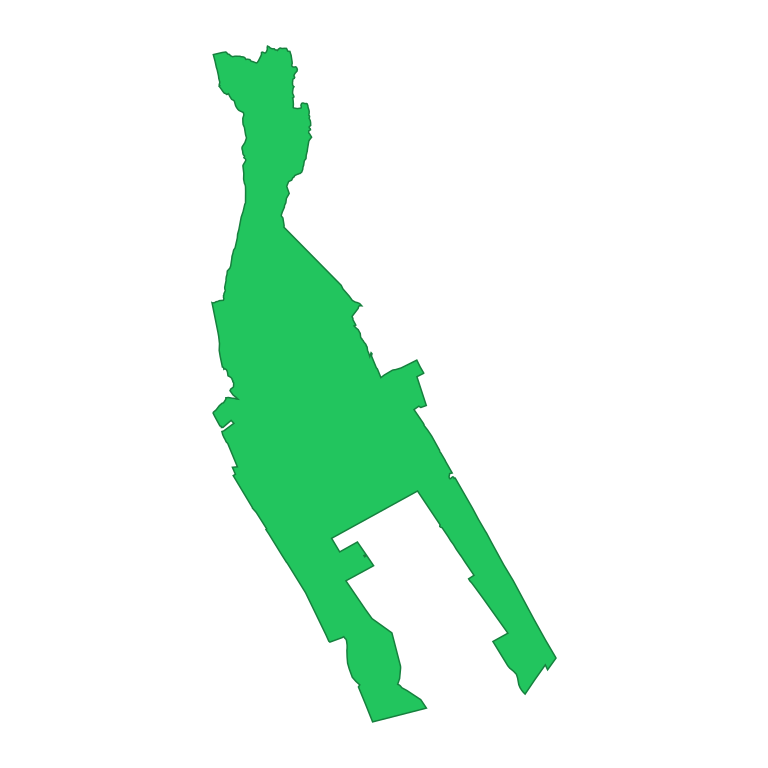 the district of Pietroasele, Buzau, Romania
{"feature_id": "2599482B21343855806464", "entity_name": "Pietroasele", "entity_type": "district", "adm_level": 2, "iso_a3": "ROU", "parent_name": "Romania", "parent_adm1": "Buzau", "projection": "albers", "projection_center": [26.589, 45.1], "detail": "fine", "context": "isolated", "style": "filled", "palette": "green", "viewbox_px": 768, "rotation_deg": 0, "n_neighbors": 0, "source": "geoboundaries", "source_scale": "gbopen_adm2", "svg_char_len": 6022}
<svg xmlns="http://www.w3.org/2000/svg" viewBox="0 0 768 768"><path d="M547.6,669.8L556.0,658.1L555.8,657.6L545.4,639.9L534.1,619.6L513.2,580.6L503.7,564.8L491.3,542.1L486.6,533.2L485.2,531.0L478.4,519.3L472.6,508.4L455.2,478.1L454.1,478.4L453.9,477.5L453.4,477.0L452.5,476.9L450.4,478.7L449.8,478.7L449.3,478.0L449.0,476.2L449.3,475.8L449.6,473.6L452.2,473.0L445.3,460.9L445.3,460.6L440.7,452.8L439.9,451.9L439.5,450.2L431.7,436.1L427.5,429.9L424.0,425.4L424.0,424.5L423.0,422.8L414.0,409.6L418.8,406.2L420.8,407.5L426.3,405.5L416.9,376.7L423.7,373.3L423.7,373.0L420.2,367.0L416.8,360.1L401.2,367.9L395.7,369.6L393.0,370.0L391.9,370.5L384.3,375.0L380.9,377.6L377.4,369.0L376.3,367.7L371.5,356.0L372.0,353.7L371.1,352.7L369.8,356.6L368.6,352.9L367.6,350.7L367.1,346.9L366.4,346.3L366.4,345.5L366.1,345.3L365.9,344.4L364.1,342.3L363.1,340.6L362.0,339.4L362.0,339.0L360.7,337.5L360.2,333.3L359.5,332.2L358.2,329.7L356.1,328.0L354.1,325.9L355.8,325.1L352.9,319.7L352.9,318.3L352.1,316.8L352.3,316.1L358.1,308.5L358.5,307.0L358.9,306.3L359.5,305.7L361.7,305.8L359.7,303.6L357.4,302.6L355.3,302.1L352.3,300.4L349.2,296.1L343.0,289.0L341.2,285.3L284.0,227.3L284.1,225.5L282.9,218.0L282.3,217.1L281.5,216.4L281.3,215.6L281.4,214.8L282.3,212.0L284.4,207.2L284.4,206.3L284.7,205.0L285.8,202.9L286.4,198.4L289.2,193.5L286.7,186.3L288.7,181.5L291.6,180.2L292.8,177.8L294.2,176.8L294.7,175.6L297.6,174.2L298.3,174.1L299.1,173.6L300.0,173.5L301.7,172.1L302.7,169.5L303.0,166.9L303.6,165.5L304.2,161.3L304.8,160.0L305.7,159.1L306.0,158.5L306.2,155.3L307.0,152.0L307.2,151.5L307.5,148.9L308.8,141.2L309.5,139.9L311.6,137.2L309.5,133.7L308.7,132.9L308.8,130.8L310.5,129.8L310.3,128.8L309.2,127.7L309.2,127.1L309.3,126.6L310.7,125.5L310.6,122.7L310.3,120.7L309.1,118.2L309.5,117.2L309.6,116.3L309.4,115.8L308.9,115.4L308.8,114.8L309.1,113.5L309.2,111.5L309.0,110.3L308.0,107.2L307.8,105.5L307.1,103.8L306.5,103.5L305.0,103.6L303.1,103.0L302.2,103.1L301.6,103.5L300.9,105.2L301.2,106.2L301.2,107.6L300.9,108.1L297.4,108.6L293.9,108.0L293.2,107.5L293.4,104.3L293.2,101.2L293.0,99.4L292.6,98.0L293.4,97.7L293.8,97.2L293.9,96.4L292.6,93.4L292.6,91.8L293.1,88.2L294.0,86.7L293.1,85.9L292.6,84.9L292.5,82.0L292.8,80.9L292.7,80.0L292.9,79.2L294.3,78.3L294.7,77.2L294.2,76.7L293.9,75.3L294.3,74.9L294.4,74.4L295.0,73.4L297.1,71.0L297.2,69.3L297.3,69.2L296.5,67.4L296.0,67.0L295.5,66.8L294.2,67.1L293.6,67.1L292.5,66.7L291.8,65.9L291.8,64.7L292.2,63.6L292.1,61.9L291.1,55.2L290.7,54.1L289.9,51.4L287.8,51.2L286.5,48.4L284.5,48.3L282.1,48.5L280.1,48.0L278.2,49.3L277.5,50.5L276.7,50.0L275.2,49.9L274.3,48.8L272.5,48.8L271.1,48.4L269.7,47.6L269.4,47.1L268.8,46.7L267.5,46.1L267.2,47.3L267.3,49.3L266.7,51.1L266.0,52.3L265.5,52.9L264.7,53.0L262.8,52.2L262.2,52.1L261.5,52.5L261.4,54.7L260.9,55.9L258.5,60.7L257.3,62.5L256.4,63.0L252.8,61.6L251.2,61.3L249.9,59.6L247.6,59.2L246.6,59.2L246.0,59.5L245.6,59.1L245.1,58.0L244.4,57.4L243.1,56.9L240.9,56.7L240.1,56.3L235.0,56.2L232.6,56.7L231.0,56.0L229.1,54.3L228.0,54.2L226.5,52.5L225.8,52.0L222.2,52.5L213.3,54.6L215.1,61.4L216.4,67.5L217.2,69.9L218.5,75.9L218.8,78.5L219.7,81.8L219.7,83.0L219.2,84.4L219.3,84.8L219.8,85.5L219.0,86.1L220.2,87.6L222.9,91.5L224.3,93.2L225.3,93.4L226.8,94.5L227.4,94.3L228.2,93.6L228.6,93.9L229.7,96.3L231.6,99.3L233.6,100.4L234.3,101.1L235.6,105.7L236.6,107.6L238.0,109.5L239.1,110.5L243.3,112.5L243.8,114.4L243.8,115.2L242.8,118.3L242.9,122.2L243.1,124.5L244.4,127.4L245.6,134.8L246.5,137.9L244.9,142.6L242.3,146.6L242.0,147.6L242.0,148.9L242.6,150.9L242.8,152.9L243.1,154.3L243.5,155.0L244.4,155.7L244.5,156.4L243.9,157.7L245.3,158.8L245.7,159.5L245.8,160.1L245.4,161.2L243.3,164.7L242.9,165.8L243.8,173.5L243.6,179.1L244.5,183.6L245.1,184.6L245.5,186.7L245.6,191.4L245.5,203.0L244.8,204.2L243.1,211.6L241.2,217.1L238.9,229.5L237.6,234.1L237.3,238.0L235.1,247.8L233.6,250.1L232.9,253.4L232.0,256.3L231.8,258.6L230.7,265.9L229.9,268.1L227.3,271.0L227.0,274.4L226.3,276.7L226.0,279.4L226.1,280.4L224.7,287.3L224.8,289.1L225.2,289.8L225.2,291.0L224.0,293.5L223.9,294.8L223.4,295.9L223.6,296.6L223.5,297.7L223.9,298.4L223.7,299.4L223.4,300.3L219.5,300.6L217.3,301.6L216.2,301.6L215.1,302.4L213.8,302.8L212.4,302.9L212.0,302.7L218.0,332.5L218.7,336.5L219.5,343.6L219.2,350.4L220.2,356.5L222.4,367.0L222.8,367.0L223.5,367.7L223.9,369.3L224.5,368.9L225.4,369.0L226.4,369.8L226.9,370.5L227.5,372.4L228.0,375.8L229.4,376.5L230.9,377.5L231.9,378.6L232.1,379.7L232.8,380.6L232.8,381.7L233.7,382.9L233.5,386.8L233.2,387.2L230.6,389.2L230.4,390.0L230.0,390.7L233.1,395.0L235.8,397.1L238.0,399.2L236.8,399.1L234.2,398.3L232.8,398.3L228.4,397.5L225.8,397.8L225.9,398.8L225.6,399.6L223.5,402.8L222.0,403.3L219.3,405.7L216.2,409.8L213.4,412.2L213.1,413.1L214.6,416.2L219.9,425.9L221.4,426.5L221.5,426.7L221.4,427.5L223.0,427.4L231.1,420.4L233.9,423.3L223.6,431.0L221.9,431.5L222.7,434.7L224.1,437.8L224.8,438.9L226.2,441.9L227.7,443.4L237.4,466.8L232.4,467.3L235.4,474.3L233.2,475.6L252.4,507.6L252.4,508.1L256.3,512.5L266.7,528.9L265.9,529.5L268.8,533.9L281.9,555.1L286.6,562.5L287.1,562.9L305.6,592.8L325.9,634.7L328.8,641.2L329.9,642.1L342.2,637.6L343.7,636.7L345.0,638.4L346.0,639.3L346.5,640.6L347.1,645.1L347.1,648.2L346.9,650.3L347.1,657.0L347.6,663.2L349.2,668.8L352.3,677.3L356.0,681.5L359.8,684.9L358.4,686.9L365.7,704.6L372.6,721.9L426.4,708.1L420.8,699.7L406.9,690.5L401.9,687.8L400.4,686.0L399.4,685.1L397.7,684.3L399.6,678.6L400.6,667.9L400.5,666.1L391.9,632.9L372.0,618.6L365.3,609.3L345.9,580.8L373.6,565.7L366.7,555.5L364.7,556.8L363.9,555.6L366.0,554.5L357.4,542.0L339.7,551.9L331.6,538.3L417.5,491.0L440.1,524.8L440.0,525.4L439.7,526.0L439.8,526.5L440.5,527.1L442.1,527.7L448.0,536.4L450.7,540.8L453.5,544.6L456.3,549.3L460.6,555.5L460.7,555.4L464.7,561.6L474.0,575.3L468.6,578.8L469.9,581.0L471.7,582.9L475.0,587.3L482.9,598.1L507.9,633.2L492.9,641.5L507.8,665.8L509.7,668.1L513.5,671.2L516.4,674.3L517.6,678.0L518.8,684.7L520.1,687.8L521.7,690.3L523.3,692.3L525.1,694.1L534.9,679.6L545.3,664.9L547.6,669.8Z" fill="#22c55e" stroke="#15803d" stroke-width="1.5"/></svg>